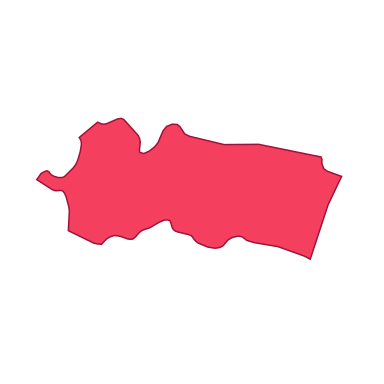 the border of Ascoli Piceno, rotated 34°
{"feature_id": "ITA-5431", "entity_name": "Ascoli Piceno", "entity_type": "Province", "adm_level": 1, "iso_a3": "ITA", "parent_name": "Italy", "parent_adm1": "", "projection": "albers", "projection_center": [13.465, 42.882], "detail": "fine", "context": "isolated", "style": "filled", "palette": "rose", "viewbox_px": 384, "rotation_deg": 34, "n_neighbors": 0, "source": "natural_earth", "source_scale": "10m", "svg_char_len": 1588}
<svg xmlns="http://www.w3.org/2000/svg" viewBox="0 0 384 384"><g transform="rotate(34 192 192)"><path d="M307.3,95.4L312.0,126.6L327.6,181.6L321.1,182.3L293.9,189.2L272.5,198.9L264.6,201.5L258.9,201.1L256.6,201.9L254.2,203.4L250.8,207.3L249.4,209.9L248.5,212.3L248.1,217.0L247.8,219.0L247.1,220.8L246.1,222.3L245.0,223.6L242.4,225.8L236.0,228.8L225.7,230.9L222.8,230.7L220.8,230.3L217.4,229.0L215.5,228.7L213.1,229.2L202.6,233.1L200.1,233.7L198.0,233.6L196.3,233.0L194.9,232.1L192.4,229.9L190.9,228.8L189.3,228.2L187.0,229.0L184.7,230.9L181.5,235.8L177.3,244.7L176.4,246.1L173.2,250.2L172.2,251.7L171.5,253.4L170.9,255.5L170.4,259.9L169.9,262.0L169.4,263.9L167.5,265.6L164.7,267.0L158.5,268.5L154.8,269.9L151.6,271.8L148.7,275.8L147.5,278.8L146.9,281.5L146.3,285.9L142.5,288.0L139.3,289.3L111.1,293.2L101.2,276.7L98.3,273.3L90.1,266.2L87.0,264.3L84.5,263.5L83.3,263.7L82.2,264.2L78.3,267.2L76.6,267.8L74.7,268.2L56.4,268.6L56.5,261.1L58.3,257.5L59.9,255.5L62.0,255.2L63.7,255.9L65.9,256.4L68.6,256.2L73.3,254.7L75.7,253.0L77.3,251.4L77.8,249.9L80.0,238.7L80.2,235.9L80.1,233.4L79.9,231.5L79.0,227.9L76.7,220.9L73.8,214.6L72.8,213.2L71.7,211.9L70.7,211.1L68.0,209.9L74.7,186.9L78.2,186.3L80.9,185.2L83.1,183.0L89.4,173.1L91.9,170.7L94.9,170.0L115.9,175.3L118.7,177.0L121.3,179.7L125.1,186.9L126.6,188.3L130.5,187.1L133.7,182.0L135.8,175.4L136.2,169.9L133.8,157.5L134.2,151.9L137.7,146.8L141.9,144.3L145.3,144.5L153.5,147.9L158.8,147.2L192.2,134.7L220.6,115.2L279.4,90.8L281.6,92.4L283.5,95.6L288.1,98.9L292.3,99.2L307.3,95.4Z" fill="#f43f5e" stroke="#9f1239" stroke-width="1.5"/></g></svg>